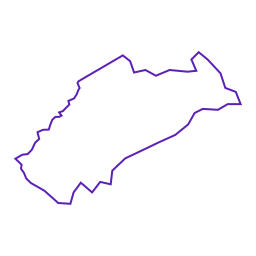 the district of Kato Zodeia, Cyprus
{"feature_id": "46923920B4985084471398", "entity_name": "Kato Zodeia", "entity_type": "district", "adm_level": 2, "iso_a3": "CYP", "parent_name": "Cyprus", "parent_adm1": "", "projection": "mercator", "projection_center": [32.975, 35.159], "detail": "fine", "context": "isolated", "style": "outline", "palette": "violet", "viewbox_px": 256, "rotation_deg": 0, "n_neighbors": 0, "source": "geoboundaries", "source_scale": "gbopen_adm2", "svg_char_len": 838}
<svg xmlns="http://www.w3.org/2000/svg" viewBox="0 0 256 256"><path d="M30.9,183.0L44.5,190.8L58.2,203.0L70.4,203.8L73.6,192.4L80.8,182.7L92.1,192.4L100.2,181.9L110.7,184.3L112.3,170.6L125.2,158.4L142.2,150.3L159.1,142.2L175.3,134.9L188.2,124.4L194.6,113.0L202.7,108.9L218.0,109.8L227.7,104.1L240.6,104.1L235.8,91.9L225.3,87.9L220.5,73.3L207.6,59.5L198.7,52.2L191.4,59.5L196.3,70.8L187.4,71.7L169.6,70.0L155.9,75.7L145.4,70.0L134.1,72.5L130.1,61.1L122.8,55.4L78.6,81.2L77.5,83.1L79.6,88.0L78.2,90.3L76.9,93.9L74.1,98.4L68.4,100.9L69.3,104.6L66.5,107.3L62.9,111.1L59.1,112.4L61.5,115.6L59.1,116.9L55.5,116.9L52.4,119.6L50.2,125.0L48.8,129.6L43.0,129.8L37.5,132.2L39.2,139.0L35.2,142.6L31.8,149.8L27.6,154.1L22.3,154.7L15.4,158.7L21.6,164.7L21.0,168.7L24.0,173.0L26.3,178.6L30.9,183.0Z" fill="none" stroke="#5b21b6" stroke-width="2"/></svg>